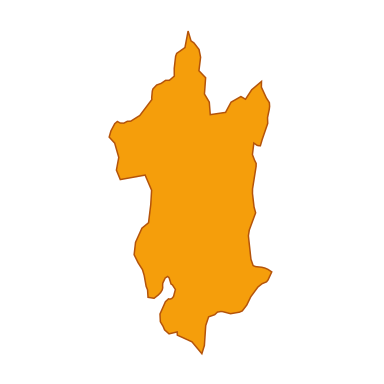 the border of Kuldigas, rotated 97°
{"feature_id": "LVA-5709", "entity_name": "Kuldigas", "entity_type": "Municipality", "adm_level": 1, "iso_a3": "LVA", "parent_name": "Latvia", "parent_adm1": "", "projection": "equal_earth", "projection_center": [22.002, 56.933], "detail": "fine", "context": "isolated", "style": "filled", "palette": "amber", "viewbox_px": 384, "rotation_deg": 97, "n_neighbors": 0, "source": "natural_earth", "source_scale": "10m", "svg_char_len": 1701}
<svg xmlns="http://www.w3.org/2000/svg" viewBox="0 0 384 384"><g transform="rotate(97 192 192)"><path d="M59.3,224.8L56.3,224.1L49.5,216.6L32.7,215.5L42.1,211.4L43.8,208.2L49.7,202.4L57.2,199.9L70.8,199.9L76.9,192.4L93.2,191.6L100.7,185.8L113.0,183.3L108.9,168.4L98.1,164.2L91.3,155.1L93.4,150.2L83.2,145.2L73.8,136.5L79.5,135.9L89.4,129.8L93.9,126.1L97.6,125.4L100.6,125.4L109.0,126.1L114.7,125.2L131.2,128.7L137.8,129.8L137.9,131.3L137.8,133.0L135.9,136.6L147.5,136.6L152.8,133.8L155.8,131.8L158.8,131.5L181.5,132.3L186.1,131.8L199.3,128.6L204.9,126.3L222.7,130.5L228.6,130.7L251.6,125.3L257.5,122.4L258.0,121.1L258.3,119.6L258.2,113.5L258.4,112.0L258.6,110.4L259.5,107.3L261.6,103.1L270.0,105.8L272.1,107.1L274.5,111.3L278.3,115.0L288.8,120.9L297.6,123.9L303.9,127.6L305.5,130.3L308.1,138.9L307.0,147.0L307.1,148.8L308.1,152.1L311.0,154.5L313.9,160.3L322.9,162.1L342.9,161.0L351.3,162.5L340.7,173.8L335.9,189.1L332.7,189.7L335.6,197.5L332.2,202.4L328.9,204.3L324.6,207.6L317.0,208.9L304.1,205.0L300.9,202.3L301.0,200.8L300.1,199.0L298.0,197.6L290.8,196.6L286.6,200.1L285.9,201.6L279.9,204.3L278.8,205.9L280.6,208.1L286.0,209.9L288.2,209.8L290.7,209.4L292.7,209.6L295.6,210.9L298.3,212.9L302.1,216.7L301.9,222.8L294.5,224.2L291.3,226.0L280.6,229.3L275.1,231.7L268.9,236.8L261.3,241.8L248.8,241.9L234.0,237.3L227.8,231.4L209.5,231.4L195.2,232.3L180.9,240.6L188.4,264.7L179.5,269.7L166.6,268.9L152.9,274.7L147.6,280.9L141.2,279.9L133.6,277.0L131.1,274.7L132.3,271.7L132.0,268.1L129.7,264.8L129.2,261.5L122.4,253.1L105.1,243.1L103.2,243.5L96.6,243.7L94.4,243.3L90.1,240.1L88.0,235.9L84.4,231.8L83.9,228.1L79.2,223.7L71.4,224.7L59.3,224.8Z" fill="#f59e0b" stroke="#b45309" stroke-width="1.5"/></g></svg>